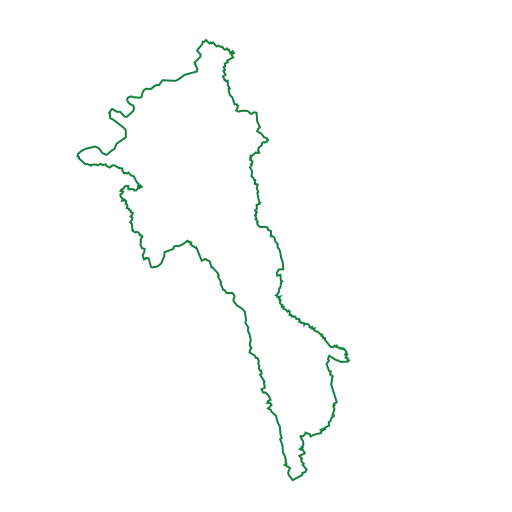 outline of Doem Bang Nang Buat, Suphan Buri, Thailand, rotated 236°
{"feature_id": "78962969B7020307767392", "entity_name": "Doem Bang Nang Buat", "entity_type": "district", "adm_level": 2, "iso_a3": "THA", "parent_name": "Thailand", "parent_adm1": "Suphan Buri", "projection": "natural_earth1", "projection_center": [99.985, 14.865], "detail": "fine", "context": "isolated", "style": "outline", "palette": "green", "viewbox_px": 512, "rotation_deg": 236, "n_neighbors": 0, "source": "geoboundaries", "source_scale": "gbopen_adm2", "svg_char_len": 6093}
<svg xmlns="http://www.w3.org/2000/svg" viewBox="0 0 512 512"><g transform="rotate(236 256 256)"><path d="M440.7,170.3L440.2,165.5L438.4,163.7L437.4,164.7L435.8,163.8L427.4,165.9L426.8,167.3L423.3,169.8L423.7,170.2L422.0,173.6L419.5,176.1L419.4,178.8L417.4,179.5L416.0,182.6L414.2,182.5L411.1,184.2L411.5,187.6L409.9,189.6L405.9,191.3L403.3,194.1L401.7,192.9L398.3,192.8L397.8,194.4L396.3,195.4L396.4,197.1L392.7,197.4L390.6,199.2L383.6,198.4L381.6,199.1L379.7,197.3L379.3,199.5L377.2,200.0L378.0,195.8L377.4,193.3L378.3,191.8L380.3,191.5L382.6,187.5L385.4,189.3L387.1,186.4L385.9,183.3L386.4,181.6L385.8,180.1L383.7,181.9L382.6,179.7L383.1,178.3L382.4,177.6L380.4,177.0L377.7,177.6L376.7,175.9L375.8,177.4L376.1,178.6L374.2,179.0L371.8,177.0L371.0,177.7L369.3,177.4L368.0,175.6L366.2,177.1L365.1,176.6L363.6,177.6L362.4,176.7L360.5,178.0L359.5,176.6L359.0,174.1L357.0,175.0L355.4,173.3L354.4,170.6L352.2,171.1L347.4,168.4L346.2,168.6L346.0,167.8L343.1,169.0L342.3,171.2L339.6,171.9L338.1,171.2L336.9,172.7L335.7,172.7L334.2,169.5L332.4,168.8L330.3,166.7L326.3,165.8L324.2,167.7L321.7,165.6L320.1,162.6L318.0,161.8L316.0,161.2L315.9,163.3L315.2,162.9L315.1,164.7L314.0,165.7L305.6,162.8L304.4,163.8L302.3,168.8L303.0,173.6L306.9,179.5L310.3,182.5L308.1,191.5L309.7,193.1L309.1,195.4L307.4,197.3L306.6,202.4L307.0,207.8L305.4,207.9L305.3,208.8L303.3,209.7L302.6,208.3L301.5,208.5L296.5,210.5L296.5,211.3L282.4,208.4L281.8,212.3L277.2,214.6L271.3,212.7L270.8,213.6L263.0,214.7L260.4,214.0L260.3,213.0L253.6,212.4L253.3,211.3L246.2,209.9L245.3,210.9L241.6,210.9L238.7,215.8L234.8,215.9L232.3,212.8L230.5,212.0L225.6,212.6L220.4,214.9L215.9,215.6L209.3,212.4L206.3,209.8L201.2,209.7L198.2,207.3L194.7,206.9L188.6,204.4L188.1,202.9L185.4,200.9L182.3,200.8L181.8,199.0L179.6,196.7L174.3,199.3L171.5,198.9L170.6,200.2L167.6,199.7L165.7,197.8L162.8,197.2L161.5,195.7L158.8,195.2L158.3,196.1L155.5,195.1L155.4,193.0L147.0,192.8L146.7,191.7L141.8,189.7L142.4,186.0L138.9,185.5L137.7,187.4L132.9,188.4L128.6,187.6L129.0,185.1L127.9,183.3L126.2,185.6L123.9,185.7L122.9,180.7L120.5,182.1L118.2,181.8L112.3,183.2L105.4,180.8L101.5,180.5L93.9,176.3L90.7,175.6L90.7,173.5L84.7,172.3L77.5,168.2L74.7,168.2L69.6,166.4L68.9,165.3L66.6,165.1L66.7,163.0L61.2,165.6L58.7,161.7L56.7,160.7L49.7,161.1L48.6,172.0L50.2,173.3L49.3,176.1L50.7,178.7L56.6,177.8L57.0,179.4L59.8,178.7L62.2,179.8L62.4,180.8L66.1,180.2L65.0,186.1L69.9,186.6L69.9,185.1L71.5,184.5L71.4,187.5L72.1,187.3L72.8,189.6L76.0,191.4L81.1,191.7L81.8,192.5L80.3,194.0L80.9,197.4L81.9,198.3L78.1,200.9L75.9,200.3L75.4,204.1L72.9,210.9L74.1,212.4L75.6,212.2L75.5,213.4L74.5,212.8L74.1,214.1L73.9,216.3L75.2,216.0L74.5,221.8L77.5,223.2L77.5,225.2L79.9,228.6L79.7,231.0L81.2,231.5L81.5,230.8L85.0,235.3L88.5,236.2L88.3,237.7L90.0,237.9L89.5,241.0L90.0,241.3L107.8,246.6L110.2,249.5L111.5,249.8L113.3,252.4L116.3,251.2L118.5,253.5L119.5,252.3L126.9,254.0L128.6,258.1L130.2,258.0L131.6,259.9L132.3,261.0L124.3,264.5L123.7,265.6L120.9,266.9L117.0,273.2L117.5,274.6L118.9,273.9L120.0,274.8L121.6,273.5L123.5,276.7L124.2,276.6L124.5,275.1L126.2,277.4L130.1,277.0L130.2,275.7L131.6,275.8L132.1,274.0L133.0,274.2L134.4,272.6L136.5,272.7L136.1,271.5L137.6,271.2L137.4,268.6L139.1,267.0L148.3,266.2L149.1,267.3L150.7,265.7L151.7,266.4L153.1,265.7L153.9,266.8L154.2,265.9L158.4,264.9L161.2,262.8L162.8,263.0L163.2,264.0L164.2,261.9L165.8,262.9L166.0,261.2L167.0,260.9L166.7,259.9L167.8,261.2L170.3,261.1L172.5,258.6L172.0,257.5L173.6,258.3L175.5,255.9L176.9,256.1L177.5,255.1L178.4,256.4L179.7,256.5L181.3,254.2L183.9,254.7L184.7,253.0L186.0,252.8L186.1,251.8L187.4,252.1L188.3,250.9L191.3,253.0L192.7,252.3L192.3,251.0L195.0,250.6L196.9,249.2L198.5,250.6L199.3,249.0L200.7,250.4L202.0,249.5L204.2,249.8L205.5,251.6L206.8,250.8L207.4,251.8L208.6,251.7L208.9,253.0L209.8,250.7L211.2,251.4L212.1,250.7L213.0,254.4L216.2,257.2L216.1,258.4L220.3,262.2L220.4,263.5L221.7,262.9L226.8,265.7L227.9,262.6L230.3,263.8L232.1,267.4L229.7,271.2L236.0,274.8L240.4,275.8L245.5,278.2L249.0,279.1L251.0,278.7L253.8,280.6L256.6,280.1L261.2,281.5L263.8,280.4L264.1,279.3L268.1,282.4L270.9,280.6L273.0,281.5L275.4,279.4L277.8,275.4L280.9,274.8L282.8,275.5L283.4,276.7L286.6,276.2L286.9,277.5L289.9,277.8L289.9,278.8L290.8,278.8L291.8,281.2L294.4,280.8L294.6,283.1L298.1,285.2L297.2,288.0L297.7,289.2L299.1,288.9L307.5,292.3L307.9,293.7L311.6,294.4L314.4,297.3L316.4,295.4L319.3,297.8L319.8,297.0L322.1,297.5L324.5,296.8L328.3,300.1L332.8,300.6L333.9,303.4L334.8,303.2L334.7,304.2L336.5,306.0L337.2,305.3L338.8,306.0L339.3,305.0L340.9,306.6L340.8,307.6L342.0,307.4L341.4,310.7L342.0,313.8L340.3,315.0L339.8,316.5L342.7,316.9L344.3,318.9L344.6,322.8L346.3,324.0L346.1,326.3L345.3,326.5L344.6,328.5L345.5,329.6L345.4,330.9L347.8,330.7L350.1,329.0L353.9,329.0L358.8,326.8L360.5,329.5L360.3,331.2L367.1,332.3L374.4,336.6L376.0,335.1L376.5,331.3L381.1,330.1L384.3,325.5L385.6,322.0L387.9,320.9L390.2,325.1L391.8,324.5L392.3,325.1L393.7,323.1L400.9,325.1L403.5,324.4L407.0,325.2L409.8,326.6L409.5,327.9L413.3,328.2L417.2,330.5L417.7,328.8L419.3,329.0L419.5,328.3L423.3,329.0L423.4,332.2L427.7,332.4L427.6,334.4L430.8,334.9L430.5,336.5L432.9,337.6L432.5,341.1L434.1,341.5L433.4,348.1L436.6,348.3L436.6,351.2L438.9,351.3L438.4,348.2L442.0,348.8L442.0,348.2L444.3,348.0L444.0,346.0L445.2,345.1L448.5,345.0L449.1,343.7L451.7,342.3L451.8,340.4L457.1,339.8L457.1,338.1L458.3,338.0L458.4,336.2L463.1,335.3L462.4,332.9L463.4,331.6L461.7,330.0L459.4,322.1L453.9,322.7L452.2,321.2L450.6,313.1L443.7,311.9L442.0,310.3L446.1,298.2L445.7,290.9L446.3,287.1L454.0,276.8L452.0,271.3L453.7,268.0L453.2,262.0L456.0,258.6L456.3,256.4L455.5,254.0L452.0,250.2L452.0,248.5L456.3,243.0L458.1,241.9L458.8,239.3L458.6,237.5L457.3,236.4L453.8,235.9L449.3,238.3L446.5,237.5L444.8,234.9L443.6,226.9L444.9,225.1L451.5,224.0L453.2,221.4L458.5,218.9L456.8,214.2L455.9,214.6L452.0,212.2L448.8,213.9L436.1,218.1L434.0,218.5L431.9,217.6L427.1,214.4L427.1,203.4L423.9,198.5L424.1,194.9L423.4,190.0L423.9,188.2L427.2,186.2L433.3,185.9L436.6,184.0L439.9,175.5L440.7,170.3Z" fill="none" stroke="#15803d" stroke-width="2"/></g></svg>